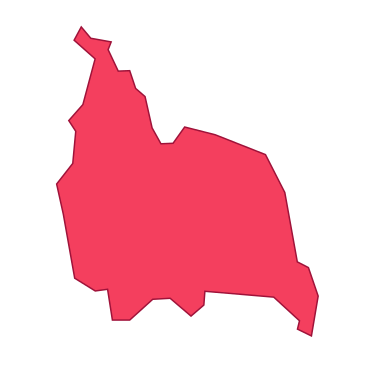 the district of Owsley, Kentucky, United States of America, rotated 191°
{"feature_id": "52423323B86076485576940", "entity_name": "Owsley", "entity_type": "district", "adm_level": 2, "iso_a3": "USA", "parent_name": "United States of America", "parent_adm1": "Kentucky", "projection": "mercator", "projection_center": [-83.663, 37.399], "detail": "fine", "context": "isolated", "style": "filled", "palette": "rose", "viewbox_px": 384, "rotation_deg": 191, "n_neighbors": 0, "source": "geoboundaries", "source_scale": "gbopen_adm2", "svg_char_len": 643}
<svg xmlns="http://www.w3.org/2000/svg" viewBox="0 0 384 384"><g transform="rotate(191 192 192)"><path d="M332.2,332.9L336.7,318.5L312.5,304.2L315.8,257.0L326.6,238.6L317.7,229.4L314.5,197.3L326.4,174.0L314.1,145.7L290.7,85.0L268.1,76.4L256.3,80.4L245.7,51.1L228.7,54.4L210.1,79.2L193.2,83.5L169.3,70.0L158.8,83.3L160.4,97.0L91.7,104.4L61.9,86.1L62.3,77.5L47.3,73.5L48.3,113.9L63.3,140.0L75.3,143.5L100.8,209.2L127.0,242.7L180.1,252.6L211.6,254.4L219.9,236.2L231.7,233.4L243.4,247.3L256.3,276.7L267.1,282.9L276.3,299.2L287.5,296.6L301.5,315.7L300.0,323.9L320.7,323.6L332.2,332.9Z" fill="#f43f5e" stroke="#9f1239" stroke-width="1.5"/></g></svg>